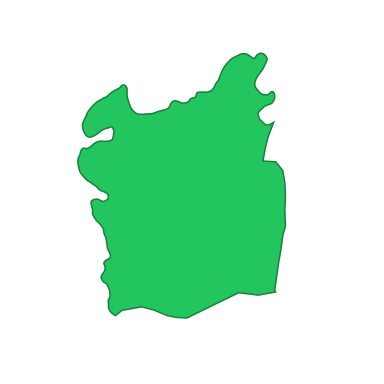 the district of Onsong, Hamgyŏng-bukto, North Korea, rotated 334°
{"feature_id": "82179303B70197071761439", "entity_name": "Onsong", "entity_type": "district", "adm_level": 2, "iso_a3": "PRK", "parent_name": "North Korea", "parent_adm1": "Hamgyŏng-bukto", "projection": "orthographic", "projection_center": [129.959, 42.885], "detail": "fine", "context": "isolated", "style": "filled", "palette": "green", "viewbox_px": 384, "rotation_deg": 334, "n_neighbors": 0, "source": "geoboundaries", "source_scale": "gbopen_adm2", "svg_char_len": 5952}
<svg xmlns="http://www.w3.org/2000/svg" viewBox="0 0 384 384"><g transform="rotate(334 192 192)"><path d="M223.3,318.5L223.3,316.5L238.0,294.8L247.7,281.2L255.0,270.3L261.0,263.7L267.5,249.0L273.5,238.1L279.5,224.5L283.0,212.5L280.5,201.6L269.4,195.3L276.9,184.9L284.9,175.5L295.9,165.2L291.0,165.4L290.1,165.2L289.4,165.0L288.7,164.7L288.3,164.4L287.6,163.6L286.4,160.9L285.9,159.6L285.4,158.5L285.2,157.9L285.0,157.4L284.9,157.1L284.8,156.2L284.8,154.9L285.1,152.2L285.4,151.0L285.7,150.6L286.9,149.5L288.7,148.6L292.7,147.4L294.0,147.0L296.6,146.8L298.2,146.9L300.0,147.2L302.6,147.3L303.7,146.6L304.2,146.4L305.9,145.4L307.3,144.0L307.6,143.5L308.2,142.5L308.5,141.8L309.1,139.5L309.1,139.0L309.0,138.1L308.9,137.7L308.6,137.3L308.3,137.1L307.8,136.8L307.3,136.7L306.8,136.7L306.2,136.8L304.9,137.4L304.4,137.6L303.8,137.7L302.4,137.6L300.5,136.9L300.1,136.7L298.6,135.6L297.8,134.7L297.4,134.2L297.1,133.6L296.9,133.0L296.5,132.4L296.2,131.3L296.0,130.2L295.8,129.2L295.5,128.2L295.4,127.7L295.2,127.4L295.1,126.5L295.0,126.1L295.1,124.7L295.6,122.9L296.2,121.5L296.6,121.0L296.7,120.8L298.0,119.5L298.9,118.8L299.9,117.9L301.1,117.0L304.2,115.4L307.4,113.8L308.3,113.2L310.0,112.2L313.0,109.9L313.4,109.4L314.2,108.9L315.9,107.6L317.1,106.5L317.5,106.0L318.0,104.9L318.0,103.4L317.9,102.6L317.7,101.3L317.3,100.1L317.0,99.5L316.4,98.8L315.5,97.9L314.6,97.4L314.1,97.2L313.6,97.1L312.0,97.1L310.4,97.4L309.4,97.8L308.4,98.5L307.5,99.1L306.7,99.3L306.3,99.2L305.9,99.0L305.2,98.1L304.2,96.4L303.8,95.5L302.1,92.7L300.8,91.3L299.2,90.4L297.9,89.8L296.5,89.5L295.3,89.4L287.5,89.4L286.1,89.6L284.4,90.0L282.7,90.7L282.2,90.7L277.3,92.9L274.2,94.9L273.9,95.0L272.0,96.4L265.6,102.3L264.5,103.2L263.2,103.8L260.9,105.1L260.0,105.7L258.8,106.8L257.8,107.6L257.2,107.9L255.1,109.1L254.5,109.2L253.2,109.3L252.3,109.2L251.2,109.3L250.2,109.1L249.1,108.7L245.4,106.9L243.0,105.7L241.4,105.1L241.0,105.0L240.6,105.0L240.0,105.0L239.6,105.3L239.0,105.8L238.5,106.5L237.8,107.2L237.2,107.8L236.9,108.0L236.6,108.2L235.8,108.3L235.4,108.3L234.5,108.1L233.1,107.7L232.1,107.5L231.4,107.6L231.0,107.8L229.5,108.7L229.0,108.9L228.5,109.1L226.9,109.3L225.8,109.3L224.3,108.7L222.7,108.1L222.3,107.9L221.5,107.3L221.0,106.9L220.7,106.3L219.8,105.3L218.5,103.9L218.1,103.6L217.6,103.0L216.7,102.5L216.0,102.2L214.1,102.2L212.7,102.7L212.1,103.1L209.6,105.1L209.1,105.5L207.9,106.0L206.9,106.4L206.4,106.4L204.2,106.3L201.7,105.8L199.3,105.2L196.2,104.7L194.0,104.6L192.0,104.3L190.7,104.0L188.6,103.4L187.8,103.1L185.7,102.0L181.8,100.6L179.1,99.2L178.0,98.6L177.6,98.3L176.3,96.8L175.4,95.1L175.2,94.5L174.7,93.3L174.1,90.1L174.0,88.1L174.2,87.2L174.3,85.2L174.5,83.9L174.6,83.3L174.8,81.9L174.9,81.3L175.1,80.7L175.3,79.2L175.9,76.9L176.7,75.2L177.2,74.1L178.0,72.8L178.2,72.3L178.8,71.1L179.0,70.6L179.1,69.5L179.1,68.4L179.0,67.8L178.8,67.3L178.4,66.7L177.5,65.8L177.2,65.6L176.8,65.5L175.4,65.5L172.3,66.7L171.9,66.7L166.4,66.9L163.8,67.2L160.3,67.9L158.5,68.6L158.0,68.8L157.8,68.8L156.5,68.9L153.7,68.8L152.3,69.0L148.3,69.2L146.8,69.3L144.1,69.9L141.1,70.8L138.9,71.7L135.3,73.4L133.4,74.5L132.5,75.1L129.7,77.6L127.2,79.5L124.6,81.6L123.9,82.5L123.5,82.8L122.7,84.2L122.2,85.2L122.1,85.7L121.5,87.8L121.3,89.0L121.3,89.5L121.2,92.6L121.4,93.9L121.6,94.7L122.2,96.0L122.9,96.9L124.3,97.9L125.1,98.3L126.2,98.5L128.4,98.6L129.4,98.5L131.2,98.4L134.8,97.8L136.9,97.1L139.3,97.0L142.1,97.0L142.5,97.1L143.2,97.4L144.1,97.6L145.4,97.7L146.1,97.9L147.2,97.8L147.9,98.0L148.3,98.2L148.6,98.7L148.7,99.4L148.8,100.9L148.8,101.6L148.5,102.9L148.3,103.4L147.4,105.0L146.6,105.9L145.3,107.8L144.4,109.0L143.4,109.9L142.4,110.1L141.8,110.1L140.5,109.9L139.5,109.7L138.1,109.2L136.1,108.4L135.2,107.9L134.3,107.3L133.2,106.7L132.7,106.5L130.6,105.7L129.5,105.5L127.9,105.3L126.1,105.5L125.2,105.6L124.5,105.8L123.7,106.0L121.9,106.5L119.8,107.0L118.3,107.0L117.2,107.0L116.5,106.8L115.9,106.5L115.4,106.1L114.7,105.7L114.3,105.3L113.7,105.1L113.0,105.1L112.4,105.2L111.8,105.3L111.3,105.5L110.6,105.9L109.9,106.6L109.2,107.2L108.1,109.0L107.6,109.4L107.0,109.7L105.9,110.5L104.3,112.1L103.4,113.4L102.8,114.5L102.0,116.6L101.7,117.3L101.4,118.7L101.2,119.4L101.1,120.2L100.6,121.8L100.2,123.9L100.2,124.6L100.5,127.4L100.9,128.8L101.1,130.0L101.3,130.6L101.7,131.9L101.8,132.6L101.9,133.2L102.9,135.7L103.1,135.9L104.0,137.4L104.5,138.1L106.7,142.1L108.3,144.8L108.8,146.3L109.2,148.0L109.8,149.6L110.1,150.1L110.6,150.7L111.7,151.9L113.2,153.4L114.1,154.7L114.8,155.9L115.2,157.0L115.3,157.6L115.2,158.6L115.0,159.1L114.7,159.5L114.3,160.4L113.9,160.8L113.5,161.2L112.4,161.6L111.1,161.8L109.5,161.9L107.8,161.4L107.4,161.1L107.0,160.7L106.2,159.8L105.2,158.2L104.4,157.4L104.0,157.0L103.5,156.7L102.0,156.1L101.3,155.9L100.2,155.7L99.6,155.7L98.5,155.9L98.0,156.0L97.2,156.5L96.7,157.0L96.5,157.5L96.1,158.4L96.0,158.9L95.7,160.7L94.9,163.9L94.6,165.0L93.7,166.5L93.1,168.2L92.9,169.7L93.0,171.3L93.3,174.4L93.5,175.7L94.0,177.2L94.6,178.5L95.6,181.8L95.8,183.2L96.0,183.8L96.1,184.5L96.1,185.2L96.1,186.3L95.9,187.0L95.2,189.1L94.6,192.1L94.6,193.4L94.6,194.4L94.4,195.7L94.0,197.4L93.7,198.3L93.0,200.7L91.9,203.7L91.6,204.5L91.4,205.5L91.2,206.4L91.3,210.6L90.8,213.5L90.3,214.3L90.0,214.7L89.5,215.1L88.5,215.4L85.7,215.6L84.0,215.8L83.0,216.1L82.6,216.3L82.0,216.8L81.6,217.5L81.3,218.5L80.9,221.2L80.8,221.7L80.6,222.2L80.1,223.1L79.8,223.6L79.0,224.5L78.0,225.1L77.1,225.7L75.9,226.2L74.6,227.0L73.7,227.7L72.8,229.3L72.7,229.9L72.6,230.4L72.8,233.1L72.9,233.6L73.4,234.8L74.6,236.3L74.9,236.9L75.0,237.4L75.0,241.4L74.9,243.5L74.5,245.0L74.3,245.8L72.9,249.2L72.6,249.8L71.5,250.9L71.0,251.3L70.0,251.8L69.7,252.1L69.4,252.5L68.6,253.9L68.1,255.6L67.8,256.3L67.0,257.6L66.7,258.1L66.3,260.0L66.1,260.7L66.0,261.4L66.2,263.8L66.5,264.4L66.9,265.8L67.6,267.3L67.8,267.6L68.1,268.1L69.0,269.6L77.2,267.7L96.4,273.1L105.9,281.3L115.4,292.1L122.5,297.6L132.1,303.0L189.8,303.0L206.5,313.8L223.3,318.5Z" fill="#22c55e" stroke="#15803d" stroke-width="1.5"/></g></svg>